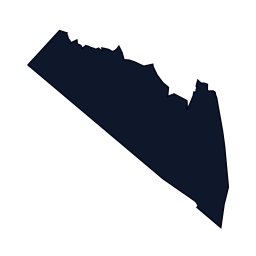 the district of Tafa, Niger, Nigeria, rotated 95°
{"feature_id": "59680162B63010488329613", "entity_name": "Tafa", "entity_type": "district", "adm_level": 2, "iso_a3": "NGA", "parent_name": "Nigeria", "parent_adm1": "Niger", "projection": "mercator", "projection_center": [7.225, 9.227], "detail": "fine", "context": "isolated", "style": "filled", "palette": "ink", "viewbox_px": 256, "rotation_deg": 95, "n_neighbors": 0, "source": "geoboundaries", "source_scale": "gbopen_adm2", "svg_char_len": 1332}
<svg xmlns="http://www.w3.org/2000/svg" viewBox="0 0 256 256"><g transform="rotate(95 128 128)"><path d="M219.0,26.9L196.1,25.7L178.2,22.9L137.8,30.2L123.2,33.5L113.8,36.0L100.9,39.5L89.7,42.5L87.9,43.5L86.7,44.0L85.3,44.2L84.4,45.0L83.7,46.5L84.0,49.1L84.4,50.9L83.8,51.8L82.6,52.4L77.6,52.7L76.7,56.2L77.1,58.5L76.0,60.6L74.3,62.6L78.2,63.4L80.4,63.7L81.8,62.8L84.0,63.4L85.3,63.2L86.7,63.9L86.4,65.4L90.3,65.8L96.6,67.8L104.8,70.5L95.7,71.7L90.1,85.1L93.2,91.3L84.0,91.3L79.9,97.2L72.8,103.6L64.7,108.4L62.4,108.9L65.1,117.7L62.8,124.1L61.6,127.4L60.3,132.9L60.4,138.0L53.5,140.5L47.4,144.2L50.3,146.0L52.1,147.8L52.9,149.4L53.5,149.6L53.2,150.2L53.0,151.1L52.2,152.6L51.7,153.4L51.3,155.4L51.1,156.8L50.7,159.6L50.6,161.0L53.1,160.4L53.0,161.8L51.1,164.3L52.5,167.0L51.8,168.8L51.2,171.9L50.1,174.8L49.7,177.3L52.8,180.5L50.0,182.1L48.7,185.7L48.1,186.2L46.5,186.2L44.8,186.6L48.0,192.1L48.2,192.5L47.1,193.0L45.8,193.8L45.3,194.4L45.0,194.5L44.8,194.7L44.6,195.2L44.0,195.4L42.5,195.9L41.6,196.3L41.4,196.5L41.1,196.5L40.5,196.9L40.2,197.0L39.6,197.2L39.2,197.2L39.0,197.3L38.7,197.1L37.0,204.7L73.9,233.1L74.7,232.1L75.1,231.5L76.1,230.0L86.9,214.6L101.3,194.1L115.6,173.8L161.6,108.4L175.3,88.9L176.2,87.4L195.2,54.2L199.0,51.3L201.1,52.3L202.5,50.3L219.0,26.9Z" fill="#0f172a" stroke="#020617" stroke-width="1.5"/></g></svg>